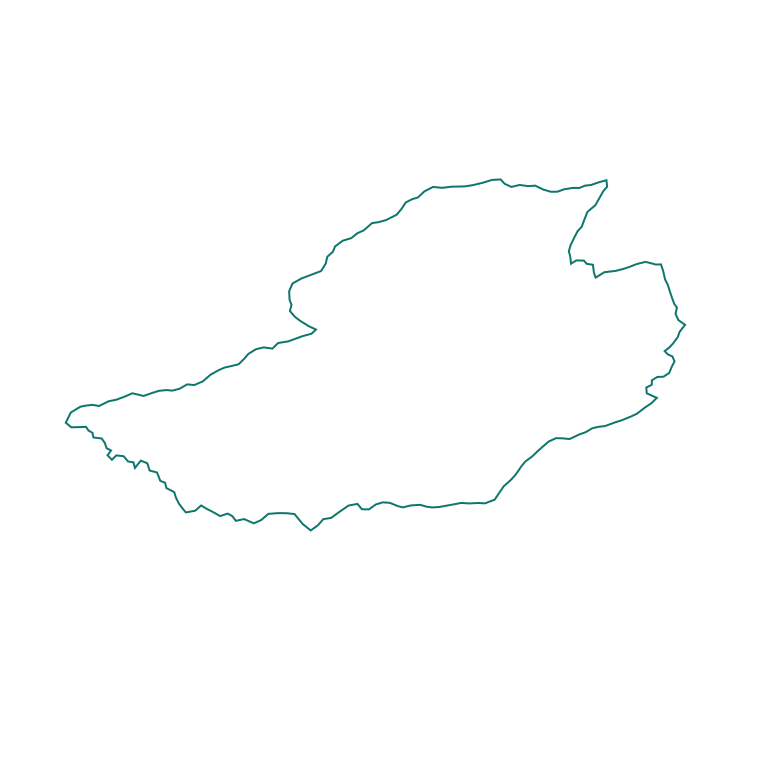 Curitiba, Paraná, Brazil (Equal Earth projection), rotated 63°
{"feature_id": "56859067B20014913756231", "entity_name": "Curitiba", "entity_type": "district", "adm_level": 2, "iso_a3": "BRA", "parent_name": "Brazil", "parent_adm1": "Paraná", "projection": "equal_earth", "projection_center": [-49.292, -25.495], "detail": "fine", "context": "isolated", "style": "outline", "palette": "teal", "viewbox_px": 768, "rotation_deg": 63, "n_neighbors": 0, "source": "geoboundaries", "source_scale": "gbopen_adm2", "svg_char_len": 3015}
<svg xmlns="http://www.w3.org/2000/svg" viewBox="0 0 768 768"><g transform="rotate(63 384 384)"><path d="M303.4,93.3L301.7,101.6L300.7,109.2L298.6,114.5L298.0,120.9L294.9,127.0L292.3,135.1L291.4,142.1L288.5,148.0L283.1,153.8L276.0,159.1L273.0,166.0L268.2,172.8L266.3,180.9L260.4,185.6L254.7,187.2L251.2,195.1L249.6,204.3L247.2,214.4L244.6,222.3L238.7,234.6L235.6,243.2L230.7,250.8L230.7,260.6L233.2,269.1L232.1,274.9L232.1,282.2L235.9,288.8L238.9,295.9L238.9,307.8L237.3,315.5L235.2,321.6L237.9,332.3L237.6,339.5L239.2,346.9L237.6,355.7L239.2,365.1L243.0,369.6L244.9,376.8L250.3,381.3L254.8,388.9L253.7,398.6L252.5,409.5L252.9,419.9L258.3,426.4L266.1,429.9L271.5,430.5L276.3,434.7L283.9,432.8L289.7,430.0L298.3,424.8L304.6,419.9L306.3,425.8L304.4,434.7L302.5,450.2L299.4,459.7L301.8,467.3L296.8,474.5L294.9,482.3L295.6,491.2L298.0,497.0L300.4,504.5L299.1,510.3L297.0,518.4L296.6,525.0L297.0,534.5L299.4,544.2L298.8,553.5L295.0,559.5L295.4,568.6L293.8,575.6L290.7,580.5L287.9,587.6L286.7,594.8L285.5,603.7L282.0,607.7L278.0,612.5L277.5,621.0L276.5,629.5L274.4,637.1L274.2,648.0L270.2,653.3L268.1,658.9L266.4,664.7L267.2,676.0L274.0,685.1L280.6,682.3L284.1,675.0L286.9,669.0L291.3,668.4L295.2,665.9L299.7,667.2L304.4,660.3L309.8,659.5L315.2,660.3L319.3,657.4L322.0,662.7L328.0,660.8L326.1,654.9L330.1,648.8L336.9,647.2L340.0,642.8L345.7,644.0L341.9,635.5L347.1,630.9L354.7,632.1L359.8,626.4L368.7,627.3L372.6,623.9L378.0,625.1L385.1,620.0L391.0,621.0L397.6,621.0L403.5,620.0L408.5,618.8L411.2,609.7L409.2,602.1L415.1,598.4L418.9,595.6L423.3,592.6L427.3,590.0L428.5,582.1L433.0,579.1L438.7,578.1L440.8,570.0L449.0,563.3L449.5,555.3L447.2,546.0L451.1,536.7L454.9,529.5L459.2,522.8L471.9,520.0L481.2,515.8L479.9,507.1L476.9,499.4L479.3,491.9L477.9,483.3L476.2,470.8L478.8,462.1L485.6,460.5L488.9,454.3L487.6,446.1L488.9,438.8L492.5,432.8L499.1,427.1L502.5,423.2L504.3,415.4L508.1,406.6L512.6,401.8L515.9,397.0L518.7,390.5L520.8,383.5L522.7,377.2L525.0,369.3L529.2,362.1L532.9,353.8L536.2,348.2L537.3,337.9L533.1,330.4L529.5,323.8L527.2,315.0L525.0,308.9L522.3,303.6L519.6,298.8L517.3,293.5L515.7,284.4L513.8,278.2L511.7,270.3L510.0,263.2L510.4,255.2L513.3,249.9L517.3,243.6L517.6,233.1L518.5,226.1L518.0,218.5L519.6,212.0L521.8,206.3L523.0,196.2L524.2,188.9L525.1,178.7L525.3,172.1L523.4,162.0L522.5,154.4L520.2,147.2L511.6,154.1L506.2,151.9L506.3,145.8L502.3,143.6L501.8,137.3L504.4,131.7L503.6,124.8L499.2,119.7L495.8,114.9L490.4,114.5L486.4,117.7L482.1,119.0L481.0,113.3L479.1,108.0L475.6,101.0L471.7,96.9L468.0,88.9L460.7,92.7L453.9,92.4L448.9,88.3L444.4,89.0L438.2,88.3L431.4,87.3L424.6,86.1L418.4,86.1L410.2,84.0L403.2,82.9L400.9,87.7L397.2,91.7L393.9,95.6L391.9,104.2L391.0,112.9L390.1,118.6L388.4,126.2L384.4,137.0L385.3,147.1L380.0,146.4L372.6,143.7L369.0,148.8L364.8,149.9L361.2,156.5L361.7,162.7L354.7,160.1L349.7,159.1L345.0,154.7L339.5,147.4L335.7,142.1L333.7,136.5L328.0,130.3L323.0,124.6L320.6,114.5L315.9,107.3L311.7,101.0L309.5,95.6L303.4,93.3Z" fill="none" stroke="#0f766e" stroke-width="2"/></g></svg>